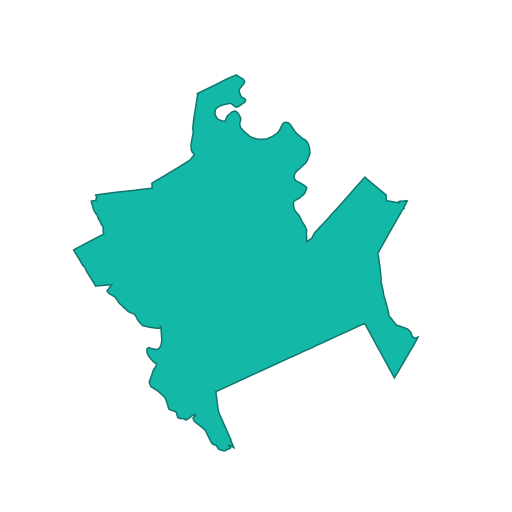 Ciolpani, Ilfov, Romania (Equal Earth projection), rotated 63°
{"feature_id": "2599482B77312801747207", "entity_name": "Ciolpani", "entity_type": "district", "adm_level": 2, "iso_a3": "ROU", "parent_name": "Romania", "parent_adm1": "Ilfov", "projection": "equal_earth", "projection_center": [26.1, 44.727], "detail": "fine", "context": "isolated", "style": "filled", "palette": "teal", "viewbox_px": 512, "rotation_deg": 63, "n_neighbors": 0, "source": "geoboundaries", "source_scale": "gbopen_adm2", "svg_char_len": 6075}
<svg xmlns="http://www.w3.org/2000/svg" viewBox="0 0 512 512"><g transform="rotate(63 256 256)"><path d="M193.7,166.5L190.4,162.7L188.9,161.2L184.0,159.3L180.4,158.6L177.8,158.7L175.7,159.1L173.9,160.0L173.1,160.7L171.8,161.7L169.3,162.4L166.6,163.7L162.7,164.8L158.3,165.3L154.5,165.7L152.0,166.7L150.7,168.1L149.9,170.4L150.5,172.5L152.0,174.5L154.4,177.5L155.9,180.6L156.3,182.0L156.7,185.3L156.9,187.3L156.5,193.3L154.9,197.5L152.6,201.5L151.3,203.0L148.7,205.6L146.8,207.1L140.3,209.8L137.7,210.7L133.8,211.4L130.5,210.4L128.9,208.8L127.7,207.8L125.8,207.0L123.5,206.9L120.0,207.4L118.4,208.0L117.0,209.2L116.8,211.7L116.9,213.1L117.4,214.4L117.7,215.5L117.8,216.7L118.2,218.0L120.0,220.2L121.4,222.0L121.5,223.2L120.1,225.0L117.6,227.3L115.8,228.1L113.7,228.3L111.7,228.1L109.7,227.5L108.0,226.3L107.0,225.3L106.2,223.7L106.0,220.1L106.2,217.8L106.8,215.0L108.0,210.5L108.4,209.6L108.8,209.0L110.6,208.1L113.8,206.7L114.7,205.3L114.8,203.3L114.7,202.2L113.9,197.0L113.3,195.0L111.8,194.3L110.3,195.0L108.1,196.6L105.9,196.8L103.1,196.5L101.1,195.9L100.0,195.1L99.2,193.9L97.7,190.3L96.8,188.4L95.6,187.0L94.0,186.8L92.5,187.2L86.9,190.8L85.7,191.1L85.4,196.0L85.0,200.9L85.0,204.2L85.0,213.4L84.8,223.7L84.8,225.2L84.7,226.1L84.6,234.6L85.7,234.7L103.7,247.8L105.8,249.4L107.5,250.5L112.3,253.6L113.5,254.3L115.2,255.0L117.2,255.7L122.1,259.5L125.7,262.2L128.2,263.9L131.8,265.4L133.4,265.6L134.7,265.6L137.1,265.0L137.4,265.0L137.6,265.2L137.9,265.5L139.7,269.3L140.3,270.8L140.6,271.7L141.9,286.3L143.8,315.4L143.9,315.7L148.4,317.7L143.1,331.9L142.6,333.8L141.9,335.5L135.4,352.4L128.8,371.2L129.1,371.3L129.5,371.0L129.9,371.1L130.3,370.9L130.8,371.1L131.0,371.4L131.3,371.7L132.3,371.8L132.5,372.0L132.6,372.7L132.7,372.9L133.6,373.1L133.9,373.4L133.3,375.0L133.1,375.4L132.8,376.2L132.7,377.1L132.4,377.7L132.3,377.8L133.2,378.2L139.4,379.3L142.8,379.8L143.7,379.4L145.2,379.6L147.1,379.0L147.7,379.0L151.5,379.6L154.3,379.2L157.2,379.5L158.0,379.6L159.2,379.0L161.4,379.2L163.9,380.7L165.0,381.1L166.9,381.6L167.3,381.8L167.4,396.3L167.7,414.0L167.8,415.8L172.7,415.5L179.9,414.9L181.9,414.8L184.9,414.7L186.0,414.5L188.6,413.7L189.3,413.5L190.3,413.7L190.5,413.9L190.8,413.9L194.0,413.8L205.7,412.8L208.9,412.6L209.9,412.7L214.5,401.4L216.2,397.7L217.8,401.4L218.1,401.5L218.6,403.0L219.1,404.2L219.8,404.7L222.7,403.9L228.4,400.3L230.6,399.9L235.7,399.4L237.0,398.9L239.8,397.7L242.0,397.2L244.0,396.3L245.5,395.7L246.5,395.4L246.9,395.3L248.0,394.8L251.1,392.0L252.0,391.3L253.0,390.8L254.4,390.5L256.0,390.3L258.7,390.5L261.0,390.1L265.2,389.1L266.4,388.7L267.2,387.9L268.4,386.5L269.2,385.3L270.2,384.3L271.1,383.3L275.3,377.2L276.0,376.2L276.5,375.0L276.6,374.6L276.6,374.3L276.4,374.0L275.8,373.6L275.6,373.2L275.7,372.8L288.1,378.1L290.6,379.8L292.3,381.1L293.8,383.2L294.2,384.1L294.5,385.4L293.7,387.9L290.5,391.7L289.4,392.4L289.1,392.9L288.9,393.4L288.9,394.4L289.0,394.8L289.5,395.4L290.7,396.1L292.2,396.8L294.3,397.2L295.9,397.2L299.2,396.6L302.7,395.7L305.2,394.7L306.7,393.8L307.2,393.8L307.7,394.1L308.4,394.8L309.1,395.8L311.0,399.2L313.9,402.1L314.9,403.2L315.7,404.0L316.2,404.5L316.5,404.5L316.8,405.0L317.1,405.1L317.4,406.1L318.5,406.5L318.7,407.0L318.9,407.2L319.0,407.6L319.3,407.7L319.5,408.1L320.1,408.6L320.6,408.5L323.8,409.0L324.9,408.8L325.4,408.6L326.1,408.1L331.5,404.9L334.9,403.5L338.1,402.3L340.4,401.6L341.7,401.4L342.7,401.4L346.5,402.0L350.9,402.8L353.1,403.1L354.5,401.9L357.3,399.3L358.1,398.2L359.9,398.2L362.3,398.7L363.6,398.9L364.3,398.9L365.1,398.6L365.8,398.1L366.2,397.1L366.6,397.1L366.8,396.6L367.2,395.6L368.4,394.1L369.0,393.5L369.3,393.7L370.2,392.7L369.6,392.7L370.0,392.0L370.2,390.7L369.9,387.8L369.3,386.0L369.1,385.0L369.3,384.0L369.4,383.1L369.6,382.5L370.2,382.0L370.3,382.0L370.8,382.7L371.3,385.1L371.5,385.4L372.1,385.8L374.9,386.1L375.6,385.9L386.0,381.1L388.2,380.4L389.1,380.2L391.3,380.4L398.6,380.5L402.5,380.4L404.0,379.9L405.1,379.1L406.1,377.9L406.8,377.5L409.6,377.1L410.6,377.1L411.8,376.5L414.6,373.6L415.3,372.5L415.5,371.3L415.4,368.3L415.3,366.8L415.7,366.8L415.6,366.3L415.3,366.3L415.0,365.9L414.8,365.9L412.5,366.4L412.2,365.8L413.7,364.8L413.9,365.1L414.5,364.8L414.2,364.4L414.3,364.3L416.6,362.7L408.4,362.2L408.4,361.8L407.0,361.7L406.0,361.7L391.2,360.9L385.8,360.5L381.8,360.4L378.5,360.2L374.7,359.1L358.5,353.3L358.8,350.9L358.9,347.0L359.3,337.6L360.2,312.9L360.8,300.8L361.9,272.8L362.3,266.2L362.3,265.1L362.4,262.4L362.5,258.3L362.6,255.7L363.2,247.8L363.1,242.8L363.4,238.3L363.6,234.8L364.0,220.7L364.4,213.6L364.5,211.3L364.7,207.3L365.1,195.3L365.6,190.1L365.7,189.8L373.0,189.5L392.5,189.1L398.8,188.8L417.6,188.3L423.8,188.1L427.4,188.1L418.7,174.2L414.9,168.4L413.3,165.9L406.8,155.6L401.8,148.4L401.7,149.2L401.8,150.7L401.2,151.7L400.2,152.6L399.2,153.1L398.1,153.2L394.9,152.8L393.4,152.9L392.4,153.2L390.9,153.7L389.6,154.4L388.1,155.6L385.8,157.9L383.7,159.7L382.3,161.4L380.9,162.2L376.5,163.3L372.8,163.9L370.0,164.6L366.7,163.8L364.9,163.2L361.7,162.4L357.4,161.6L356.2,161.3L348.3,159.8L346.7,159.3L345.8,158.8L337.7,156.8L334.6,155.8L333.3,155.0L333.1,154.8L327.5,152.7L321.2,150.2L318.0,149.3L316.9,148.8L313.9,147.7L310.5,146.7L309.1,146.4L296.6,127.8L282.4,106.1L281.4,105.2L280.8,102.2L279.5,102.2L278.8,101.2L278.7,100.6L278.4,100.1L277.4,98.7L276.4,97.6L275.7,96.2L275.0,96.8L274.7,97.4L274.0,99.9L272.8,102.1L272.3,104.1L273.5,104.5L266.7,113.6L266.3,114.4L264.2,114.1L261.0,112.6L260.9,112.3L259.2,113.0L237.6,122.3L235.2,123.0L235.5,124.1L241.2,138.8L245.0,148.3L251.4,164.7L252.9,168.9L253.3,170.2L253.5,170.5L253.7,171.1L254.3,172.2L257.8,181.7L258.9,185.1L262.1,193.6L263.1,195.0L264.9,197.2L265.6,199.0L266.0,202.4L266.4,204.5L262.1,202.3L258.9,201.0L257.7,200.1L255.3,198.9L251.9,198.7L246.7,199.3L239.9,199.2L232.8,200.8L228.4,199.8L225.3,198.2L224.3,196.7L224.2,191.5L223.1,186.6L222.3,184.2L220.2,181.7L219.1,180.4L218.0,179.8L216.6,180.2L214.3,181.3L211.5,183.1L206.9,186.4L204.5,186.7L202.6,186.1L199.8,183.6L198.7,180.4L196.7,173.2L195.8,169.6L194.3,167.2L193.7,166.5Z" fill="#14b8a6" stroke="#0f766e" stroke-width="1.5"/></g></svg>